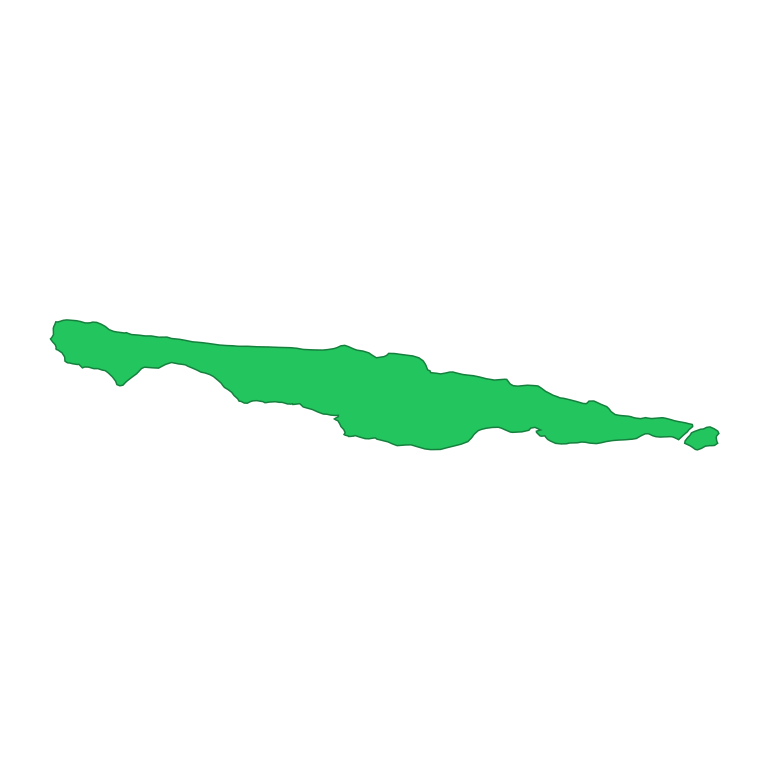 Sainte Marie, Analanjirofo, Madagascar (orthographic projection), rotated 253°
{"feature_id": "10022922B25342620887316", "entity_name": "Sainte Marie", "entity_type": "district", "adm_level": 2, "iso_a3": "MDG", "parent_name": "Madagascar", "parent_adm1": "Analanjirofo", "projection": "orthographic", "projection_center": [49.903, -16.911], "detail": "fine", "context": "isolated", "style": "filled", "palette": "green", "viewbox_px": 768, "rotation_deg": 253, "n_neighbors": 0, "source": "geoboundaries", "source_scale": "gbopen_adm2", "svg_char_len": 4869}
<svg xmlns="http://www.w3.org/2000/svg" viewBox="0 0 768 768"><g transform="rotate(253 384 384)"><path d="M525.5,79.8L524.6,78.2L521.2,79.4L517.6,81.1L514.8,81.2L513.7,80.6L512.8,80.7L511.9,82.1L509.8,83.7L508.0,85.2L503.2,86.5L499.1,85.6L498.2,86.3L496.9,87.4L496.3,88.7L495.9,89.7L494.4,92.1L493.6,93.8L492.3,96.5L492.0,98.0L487.6,100.3L487.8,102.6L486.7,106.1L483.4,111.2L483.3,111.7L482.4,114.8L479.7,118.6L478.3,121.3L475.2,123.6L470.1,126.4L465.1,128.2L461.5,128.4L459.5,130.9L459.2,134.0L461.0,137.1L462.1,139.4L464.2,144.9L466.2,150.6L469.7,156.7L470.1,159.9L467.1,167.5L465.1,173.1L465.8,176.5L466.6,181.0L466.7,186.2L466.6,187.3L465.5,189.2L464.7,190.8L463.3,193.3L462.0,196.3L460.4,199.7L458.4,201.6L455.1,205.6L452.3,208.9L448.8,212.5L447.0,215.9L444.0,220.1L441.0,223.1L435.5,226.7L432.3,228.6L430.0,229.3L427.4,230.4L424.3,233.2L420.6,235.9L416.9,237.2L412.6,239.8L410.0,240.4L409.1,242.3L406.7,244.7L405.6,247.7L406.2,251.1L406.2,253.7L405.3,257.5L402.4,263.3L401.1,264.4L400.7,265.6L400.3,268.8L399.7,271.3L398.9,274.7L397.7,277.3L397.1,278.4L396.4,280.9L395.4,282.5L394.8,283.5L393.9,284.7L393.1,285.9L392.7,287.3L392.0,289.0L391.8,290.8L391.1,290.8L390.8,292.0L389.8,297.7L385.7,300.0L383.8,302.9L380.5,308.1L376.6,312.5L373.0,317.2L371.7,320.7L369.9,323.8L368.2,328.1L367.4,331.2L366.1,330.8L365.7,328.5L365.1,326.3L363.6,327.6L362.3,329.2L358.4,330.1L355.9,330.4L352.2,332.2L348.8,332.6L347.4,331.0L346.3,332.0L345.0,334.3L344.2,334.7L343.5,337.3L343.3,339.0L343.0,339.8L343.2,341.2L340.3,345.3L337.3,349.9L336.0,353.6L335.5,357.4L335.0,360.0L333.4,361.0L330.6,365.7L327.4,371.0L324.3,374.5L321.2,378.6L319.4,386.7L317.9,392.1L314.1,397.8L310.0,404.1L307.7,409.2L307.2,410.8L304.9,418.9L304.7,425.0L304.2,434.0L303.9,440.2L304.4,447.4L306.9,452.0L309.6,455.6L311.9,460.6L312.1,464.3L311.8,468.7L310.8,474.8L309.2,480.7L307.5,483.3L304.7,486.5L301.1,490.8L300.2,492.7L299.2,496.8L297.9,502.1L297.4,509.0L298.9,511.4L298.4,515.7L296.1,518.3L294.3,520.3L294.3,516.7L294.3,515.9L293.2,515.7L291.4,516.6L288.7,518.1L288.0,519.6L287.4,522.6L285.9,523.1L283.2,524.3L281.0,526.3L277.1,530.7L274.9,535.9L273.5,541.0L273.3,544.2L271.2,552.0L270.8,555.8L269.4,559.6L267.3,563.5L264.9,569.7L264.3,574.5L264.0,579.5L263.4,583.9L263.0,586.4L261.9,591.5L260.2,598.2L258.6,605.6L258.1,609.5L259.3,614.5L260.0,619.1L259.2,622.2L257.9,623.8L256.0,625.8L254.2,628.5L252.5,632.6L251.7,635.8L250.8,639.1L250.1,641.9L249.3,644.1L247.7,646.2L245.9,648.2L244.6,649.5L245.4,651.0L247.1,654.5L248.5,657.5L249.5,660.0L251.1,662.2L253.0,666.7L254.2,667.0L255.1,667.0L255.5,666.4L257.0,663.7L258.5,661.3L260.6,657.3L261.6,655.3L263.9,651.1L266.0,648.0L268.6,643.8L270.3,640.6L271.6,634.9L272.7,629.8L274.8,625.2L275.3,624.6L275.7,620.8L275.8,619.4L277.8,614.8L279.2,612.4L280.4,610.8L281.8,608.2L284.7,601.0L285.4,599.5L287.2,596.1L291.2,593.1L294.3,592.0L297.2,590.4L301.1,585.6L304.5,581.9L306.4,579.7L307.7,575.0L306.5,572.9L306.1,571.6L307.2,568.7L310.9,563.1L314.1,557.9L317.8,551.6L319.3,548.2L320.8,546.5L323.9,542.3L328.4,537.8L328.8,537.4L329.2,536.8L333.7,533.5L337.0,530.8L338.2,528.1L340.8,521.1L341.0,520.3L341.7,517.0L342.8,511.4L344.6,507.1L347.1,504.7L352.5,502.7L353.2,501.0L355.5,490.7L356.8,488.1L359.1,483.4L362.9,477.2L365.8,471.9L368.0,466.7L370.0,462.2L373.0,457.1L375.3,453.4L376.2,450.3L376.5,445.9L377.1,441.1L379.2,436.8L380.5,433.6L381.3,431.9L382.0,432.0L383.2,431.8L383.8,431.0L384.7,429.9L387.2,429.7L389.1,429.6L391.0,429.3L394.5,428.3L398.8,425.1L402.5,419.6L403.5,417.3L405.5,412.9L408.0,407.4L410.0,403.1L411.9,397.5L410.5,394.7L410.2,391.9L411.3,384.4L414.8,381.3L418.2,378.6L421.6,373.6L424.3,368.0L426.4,365.2L430.0,361.1L431.3,359.3L432.4,357.8L433.1,354.0L432.5,349.6L432.5,346.3L433.3,340.6L434.3,335.5L435.9,330.6L437.5,325.7L440.7,316.8L443.6,311.2L445.9,305.6L446.7,303.3L449.8,294.0L452.1,287.4L453.1,284.6L456.6,273.8L459.7,265.3L461.3,260.1L462.8,255.4L463.9,252.7L464.8,250.5L466.7,245.0L469.4,238.0L471.8,232.9L474.1,228.0L474.8,226.4L476.5,222.7L478.7,217.3L480.3,213.3L483.8,206.8L486.5,201.6L489.6,194.2L492.3,190.2L494.6,182.3L498.0,175.5L499.7,169.9L502.4,163.9L505.1,157.0L507.2,154.1L508.4,152.7L508.7,150.4L509.1,149.8L511.8,143.8L513.4,140.7L516.4,137.0L520.5,134.3L523.9,131.0L526.9,127.3L528.4,123.4L528.4,121.1L529.0,118.4L529.9,115.9L532.6,111.8L534.5,108.3L536.4,103.5L538.0,99.5L538.7,95.7L538.6,93.5L538.7,90.1L539.4,88.3L536.9,86.4L535.5,85.0L533.9,84.0L530.6,83.1L527.8,82.3L525.5,79.8ZM247.6,683.3L248.2,680.0L247.6,676.3L248.2,673.3L248.0,670.2L247.9,667.4L247.4,663.8L245.5,661.6L243.8,658.6L241.6,655.4L239.4,654.2L237.5,656.4L235.3,658.8L233.1,660.6L230.5,662.5L229.4,664.4L229.6,668.7L230.6,673.1L229.8,677.7L229.4,678.7L228.6,682.1L229.8,685.8L231.1,685.6L232.8,685.6L235.5,686.0L237.0,686.8L238.8,689.8L241.4,689.4L244.6,686.7L247.6,683.3Z" fill="#22c55e" stroke="#15803d" stroke-width="1.5"/></g></svg>